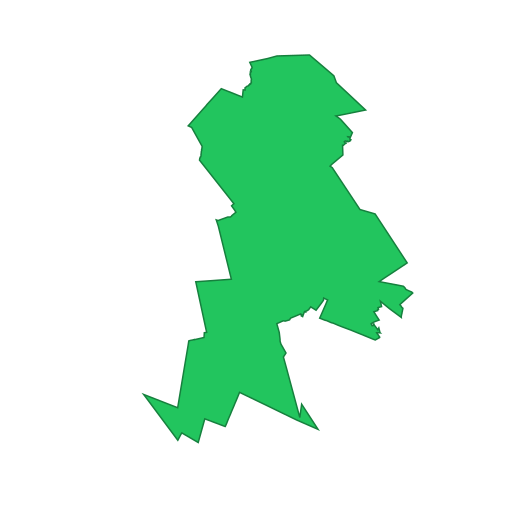 Villa Juárez, San Luis Potosí, Mexico (Equal Earth projection), rotated 160°
{"feature_id": "50627088B60743344831713", "entity_name": "Villa Juárez", "entity_type": "district", "adm_level": 2, "iso_a3": "MEX", "parent_name": "Mexico", "parent_adm1": "San Luis Potosí", "projection": "equal_earth", "projection_center": [-100.218, 22.295], "detail": "fine", "context": "isolated", "style": "filled", "palette": "green", "viewbox_px": 512, "rotation_deg": 160, "n_neighbors": 0, "source": "geoboundaries", "source_scale": "gbopen_adm2", "svg_char_len": 4692}
<svg xmlns="http://www.w3.org/2000/svg" viewBox="0 0 512 512"><g transform="rotate(160 256 256)"><path d="M392.5,109.6L391.7,110.3L387.9,113.8L386.2,115.1L374.1,100.5L359.8,120.5L343.4,106.4L343.2,106.3L340.7,108.9L338.7,111.2L336.6,113.5L334.1,116.1L332.6,117.8L331.1,119.4L329.5,121.1L328.0,122.7L326.4,124.5L324.3,126.7L320.9,130.4L318.1,133.5L299.3,114.2L298.6,113.5L287.2,101.7L273.5,87.6L257.0,71.9L263.8,101.1L270.1,89.2L265.8,139.2L265.1,147.8L264.8,151.7L261.0,154.6L262.6,164.2L262.7,164.7L262.5,167.8L261.9,169.5L260.3,176.2L259.6,185.3L252.6,185.8L251.5,185.2L250.7,184.8L246.3,184.5L245.7,185.0L245.2,185.5L244.5,185.8L237.6,186.1L236.1,186.2L233.8,186.3L233.8,185.8L233.2,185.3L233.5,185.0L234.0,184.4L232.9,183.1L232.1,184.1L230.2,186.3L229.4,187.2L229.2,187.0L228.4,186.3L228.0,187.1L226.8,187.1L226.0,187.3L224.9,187.5L224.1,188.1L222.0,189.5L219.4,186.2L218.1,184.5L215.5,186.2L213.0,187.8L210.4,189.5L207.8,191.3L206.8,193.3L203.7,190.2L205.2,188.7L207.1,186.6L209.8,183.8L211.1,182.4L213.1,180.3L215.0,178.3L217.4,175.8L213.1,172.0L211.7,171.1L208.1,167.6L207.3,167.1L206.6,166.6L206.1,166.2L204.7,164.9L202.6,162.9L199.2,159.9L193.1,154.7L192.6,154.3L187.2,149.4L176.7,139.9L174.9,138.2L173.0,136.6L172.7,136.3L168.2,137.0L168.2,137.4L167.5,137.5L168.9,142.7L168.7,142.7L167.6,142.2L165.6,141.3L165.7,141.5L165.2,146.4L166.8,145.1L167.3,146.9L168.7,151.2L168.4,151.6L168.9,152.0L169.2,150.5L170.8,150.8L171.0,153.0L168.9,153.5L166.1,153.7L163.7,153.7L162.2,153.7L163.3,158.4L164.3,163.3L160.3,163.1L160.1,164.0L159.1,164.0L159.0,165.8L155.3,165.5L154.6,171.0L148.5,160.7L140.5,148.6L140.4,149.0L140.1,149.6L139.7,150.3L139.4,150.9L138.8,151.7L138.4,152.3L138.2,152.8L137.5,153.8L136.7,155.2L135.9,156.4L135.9,156.6L135.9,156.8L136.0,157.1L136.4,157.5L136.5,157.7L136.7,158.0L136.7,158.4L136.6,158.6L136.7,158.9L136.7,159.1L136.8,159.4L137.0,159.8L137.3,160.4L137.4,160.8L137.5,161.1L121.4,167.6L121.8,168.4L121.9,168.8L124.9,171.6L126.6,173.4L126.9,175.1L127.3,176.0L127.6,176.7L127.9,177.2L129.2,178.0L149.0,189.8L143.3,191.3L118.7,197.2L116.3,197.8L129.7,254.8L142.4,264.1L153.9,311.9L154.1,312.9L155.7,315.1L153.0,316.4L139.8,321.2L136.8,330.4L136.1,330.1L134.5,330.8L134.3,330.9L133.9,331.1L133.1,331.1L134.0,333.1L133.1,333.5L132.8,333.6L132.3,333.4L131.6,332.2L130.9,332.7L130.6,332.3L130.0,331.8L128.4,331.9L128.1,332.5L127.6,332.3L127.4,332.6L127.3,332.8L127.1,332.9L127.7,333.7L127.8,334.2L127.1,334.9L127.1,335.0L127.5,335.7L128.1,335.9L128.8,336.3L128.9,336.7L126.6,335.7L126.6,335.4L123.2,339.0L129.9,355.7L133.0,360.3L129.0,359.6L103.1,355.7L113.3,375.8L119.2,387.4L121.2,391.3L121.2,398.7L129.1,412.7L137.0,426.6L167.9,436.8L177.6,437.6L195.6,440.1L195.3,436.7L195.3,436.4L195.2,436.1L195.2,435.8L195.2,435.7L195.2,435.3L195.2,435.1L195.1,434.9L195.2,434.5L195.2,434.3L195.3,434.1L195.5,434.0L196.0,433.9L196.2,433.7L196.3,433.4L196.6,433.2L196.9,433.0L197.0,433.0L197.1,432.8L197.3,432.6L197.4,432.4L197.5,432.3L197.6,432.2L197.6,431.9L197.4,431.7L197.2,431.4L197.2,431.2L197.4,430.9L197.6,431.0L197.7,430.9L197.9,430.7L198.0,430.6L198.3,430.6L198.5,430.7L198.6,430.3L198.6,430.0L198.6,429.8L198.7,429.7L198.9,429.6L199.0,429.5L199.1,429.4L199.2,429.2L199.3,429.1L199.5,428.9L199.5,428.7L199.3,428.6L199.2,428.5L199.2,428.4L199.3,428.4L199.4,428.1L199.6,427.8L199.7,426.8L199.7,426.2L199.8,425.6L199.7,424.9L199.8,424.7L199.7,424.2L199.8,423.8L199.9,423.4L200.2,423.2L200.4,423.0L200.4,422.7L200.5,422.5L200.6,422.2L200.8,421.9L200.9,421.4L200.8,421.1L201.0,420.9L201.1,420.5L201.4,420.5L201.7,420.3L201.9,419.8L202.2,419.5L202.3,419.6L202.5,419.8L202.8,419.9L203.0,419.7L203.2,419.3L203.5,419.2L203.9,419.3L204.1,419.2L204.2,418.9L204.5,418.8L205.2,418.5L205.4,418.5L206.3,418.6L207.0,418.4L207.7,418.1L208.8,417.8L209.5,415.7L211.2,416.5L213.7,411.4L214.4,410.0L231.4,425.1L243.0,418.9L250.1,415.2L252.0,414.0L254.1,412.9L255.6,412.1L258.0,410.8L275.2,401.5L272.5,398.8L269.3,378.7L269.1,377.5L269.5,376.6L270.0,375.8L270.2,375.2L270.6,374.7L270.8,374.5L270.8,374.0L270.9,373.7L271.3,373.4L271.7,372.8L271.9,372.2L272.1,371.8L272.3,371.6L272.4,371.4L272.4,371.1L272.5,370.9L272.7,370.5L272.9,370.4L273.0,370.1L273.0,369.8L273.4,369.0L273.9,368.3L274.2,368.0L274.7,368.0L274.8,367.9L274.9,367.4L275.0,367.3L275.5,366.9L276.3,365.4L258.9,312.7L261.8,311.5L260.4,306.5L259.9,304.0L265.0,302.2L265.1,301.9L266.7,301.4L269.2,302.3L279.5,302.3L281.0,303.5L281.2,297.0L287.1,242.6L305.8,247.9L321.4,252.4L328.5,201.1L330.8,201.6L332.7,197.2L342.4,198.4L342.4,198.6L344.6,198.8L346.2,199.1L347.7,199.2L348.2,199.2L350.5,195.0L359.7,178.8L371.4,158.1L381.5,140.2L408.9,164.3L407.4,159.4L392.5,109.6Z" fill="#22c55e" stroke="#15803d" stroke-width="1.5"/></g></svg>